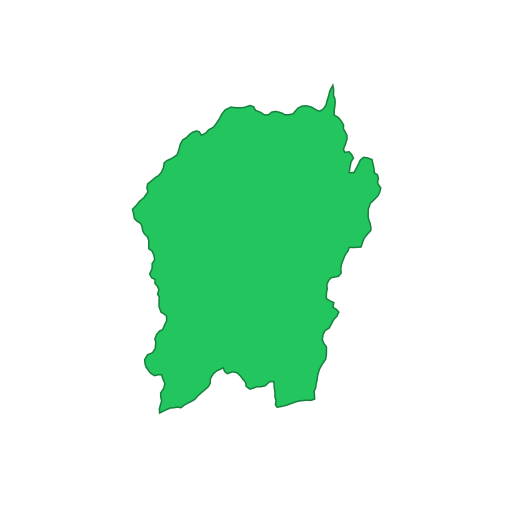 outline of Itaúna, Minas Gerais, Brazil, rotated 35°
{"feature_id": "56859067B71010980379749", "entity_name": "Itaúna", "entity_type": "district", "adm_level": 2, "iso_a3": "BRA", "parent_name": "Brazil", "parent_adm1": "Minas Gerais", "projection": "equal_earth", "projection_center": [-44.581, -20.081], "detail": "fine", "context": "isolated", "style": "filled", "palette": "green", "viewbox_px": 512, "rotation_deg": 35, "n_neighbors": 0, "source": "geoboundaries", "source_scale": "gbopen_adm2", "svg_char_len": 3345}
<svg xmlns="http://www.w3.org/2000/svg" viewBox="0 0 512 512"><g transform="rotate(35 256 256)"><path d="M267.1,439.9L270.4,433.9L273.1,429.5L275.5,427.7L278.3,424.9L281.6,423.3L282.8,419.1L284.7,415.3L286.7,411.7L288.1,408.4L288.6,403.8L289.5,400.0L290.6,395.6L291.9,390.6L291.5,386.6L289.0,382.6L288.6,377.1L289.8,372.5L291.6,369.6L293.2,366.4L296.4,368.5L300.0,368.9L303.1,364.4L307.4,362.5L312.2,363.2L316.2,364.6L319.8,365.4L322.9,368.5L327.5,368.5L329.5,365.8L331.9,362.4L334.9,360.4L337.9,357.1L339.3,351.0L342.7,348.7L346.4,353.3L349.9,357.0L352.5,360.8L355.1,362.6L357.3,366.8L360.0,367.8L363.2,364.6L366.9,360.3L369.5,356.6L371.5,353.8L373.5,351.1L376.3,348.4L380.1,345.1L383.9,342.7L386.1,339.6L383.3,335.9L381.2,333.5L380.5,329.7L378.8,326.7L377.3,322.9L374.9,318.3L372.9,312.3L372.3,306.3L372.3,300.7L370.5,296.9L368.5,293.8L365.9,290.1L361.5,288.6L358.2,286.4L356.0,281.8L355.4,277.4L357.3,273.0L356.6,267.2L356.1,263.3L356.8,259.0L356.0,254.4L352.0,253.6L348.5,254.0L346.5,249.5L342.1,250.4L337.9,250.4L334.8,245.7L333.3,242.1L330.6,239.1L329.6,234.9L329.9,230.9L333.0,227.7L335.3,225.3L335.5,221.0L332.8,217.9L330.8,213.7L329.6,209.2L328.4,203.8L328.4,199.1L327.5,195.4L331.2,193.0L334.3,190.5L336.9,188.4L335.7,184.5L334.4,179.4L334.8,173.6L335.4,169.1L333.3,166.2L330.6,163.7L328.1,161.9L325.7,159.9L323.6,156.9L321.2,153.3L319.4,147.3L320.6,141.5L321.3,137.1L320.8,132.9L319.1,128.6L316.5,127.8L313.4,126.2L311.9,122.4L308.9,119.8L305.4,120.0L302.4,116.6L299.1,113.6L295.8,110.5L291.2,111.6L287.6,113.4L286.4,117.6L287.2,121.8L287.9,127.2L288.5,131.2L284.6,134.4L281.9,129.0L279.8,124.2L279.7,120.0L276.1,118.0L272.6,117.2L269.1,120.2L266.4,118.4L265.1,113.0L263.4,107.8L261.3,105.0L258.0,103.3L254.5,101.5L252.7,98.6L249.9,97.2L246.3,95.9L243.2,95.3L239.2,95.8L236.5,91.7L234.6,87.9L232.6,84.5L230.4,81.9L227.5,80.1L224.1,75.1L221.0,72.1L221.8,78.5L223.6,82.9L224.9,87.3L226.9,92.6L226.6,97.6L225.1,100.8L222.5,101.7L219.5,101.9L215.6,102.3L211.0,104.1L207.7,106.8L205.6,110.6L205.1,114.4L204.8,118.4L201.7,121.6L198.6,123.7L195.6,124.0L192.0,125.1L189.0,126.4L186.3,129.2L185.3,133.0L182.1,135.6L177.4,135.7L172.0,136.9L168.3,135.1L164.8,136.1L161.1,141.2L156.9,144.4L153.8,146.5L150.1,148.3L146.9,154.1L146.6,159.5L147.2,163.7L147.5,169.3L147.3,174.8L144.8,180.0L144.3,184.1L142.1,188.4L138.3,186.8L135.6,187.6L133.1,190.9L131.8,194.6L131.1,199.1L129.4,202.8L129.8,207.8L131.9,213.2L133.3,218.3L131.1,224.3L128.3,228.9L127.4,232.5L129.6,236.9L130.5,241.7L130.1,245.9L128.6,249.3L127.4,253.7L125.9,259.1L127.4,262.6L130.7,265.5L130.7,272.8L129.2,278.0L129.0,282.8L128.0,288.6L131.7,291.8L135.1,295.2L138.5,295.8L141.4,295.4L144.1,296.1L146.4,298.0L148.9,300.4L151.9,301.9L156.0,302.5L159.4,304.9L161.6,308.3L164.0,311.5L168.1,311.6L172.0,314.0L175.2,317.3L175.2,321.7L178.0,325.7L179.2,331.7L183.1,333.7L186.8,333.1L188.9,336.4L192.5,337.3L195.8,339.3L197.3,343.8L200.4,345.1L202.5,348.7L205.5,353.0L210.4,356.5L214.1,356.2L217.2,356.6L219.8,360.0L220.9,365.8L221.7,370.0L220.0,372.8L219.6,377.2L220.6,381.7L223.5,384.4L226.5,389.5L226.7,394.6L223.8,399.2L224.2,404.7L226.5,407.5L229.3,409.9L232.4,411.0L236.5,412.4L241.4,412.3L244.3,409.1L246.9,407.5L250.4,410.2L254.5,412.7L256.2,417.0L256.5,423.0L258.9,426.2L261.7,428.7L263.1,432.7L264.5,436.6L267.1,439.9Z" fill="#22c55e" stroke="#15803d" stroke-width="1.5"/></g></svg>